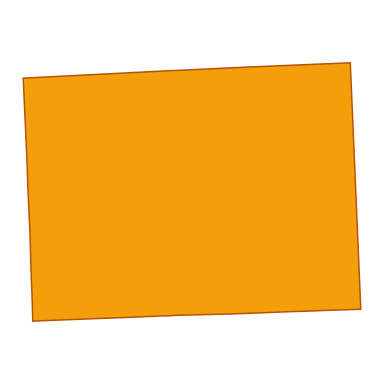 Steuben, Indiana, United States of America (Natural Earth projection), rotated 178°
{"feature_id": "52423323B27504102629323", "entity_name": "Steuben", "entity_type": "district", "adm_level": 2, "iso_a3": "USA", "parent_name": "United States of America", "parent_adm1": "Indiana", "projection": "natural_earth1", "projection_center": [-84.924, 41.643], "detail": "fine", "context": "isolated", "style": "filled", "palette": "amber", "viewbox_px": 384, "rotation_deg": 178, "n_neighbors": 0, "source": "geoboundaries", "source_scale": "gbopen_adm2", "svg_char_len": 520}
<svg xmlns="http://www.w3.org/2000/svg" viewBox="0 0 384 384"><g transform="rotate(178 192 192)"><path d="M355.5,136.2L355.6,124.2L355.6,110.3L355.5,97.3L355.5,92.3L355.5,86.5L355.7,68.4L344.8,68.6L339.5,68.6L339.4,68.6L249.3,69.0L225.5,69.2L224.9,69.1L216.5,69.1L215.4,69.3L160.8,68.8L159.4,68.7L94.1,69.0L89.2,68.9L47.9,69.0L27.4,68.9L29.3,315.6L124.5,315.0L219.0,313.9L356.7,311.7L355.8,224.0L355.8,220.4L355.9,204.6L355.9,203.6L355.4,159.0L355.5,136.2Z" fill="#f59e0b" stroke="#b45309" stroke-width="1.5"/></g></svg>